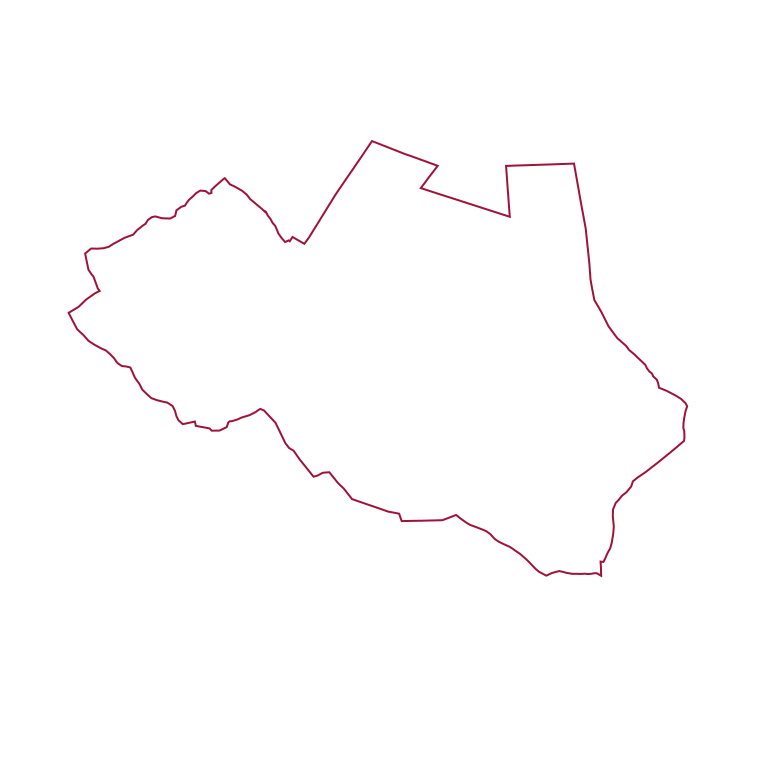 the district of Zaragoza, Veracruz, Mexico, rotated 346°
{"feature_id": "50627088B53644428615322", "entity_name": "Zaragoza", "entity_type": "district", "adm_level": 2, "iso_a3": "MEX", "parent_name": "Mexico", "parent_adm1": "Veracruz", "projection": "natural_earth1", "projection_center": [-94.642, 17.948], "detail": "fine", "context": "isolated", "style": "outline", "palette": "rose", "viewbox_px": 768, "rotation_deg": 346, "n_neighbors": 0, "source": "geoboundaries", "source_scale": "gbopen_adm2", "svg_char_len": 4194}
<svg xmlns="http://www.w3.org/2000/svg" viewBox="0 0 768 768"><g transform="rotate(346 384 384)"><path d="M279.3,145.8L278.8,146.0L277.9,146.3L275.3,147.6L268.6,151.0L265.0,153.1L263.4,154.0L262.7,156.9L260.3,157.0L258.1,154.3L257.5,153.6L252.5,151.9L247.8,153.4L243.5,156.0L239.5,158.0L236.4,160.5L234.0,162.8L230.3,163.0L224.6,165.3L222.0,170.4L216.6,171.7L209.4,169.7L207.9,169.0L202.7,166.1L199.2,165.9L194.6,167.7L191.3,170.9L188.9,171.7L187.3,172.4L181.6,175.0L176.8,178.4L176.2,178.5L174.1,178.7L167.6,179.4L162.9,180.6L161.4,181.0L154.8,182.7L150.1,184.3L144.5,184.4L139.5,183.5L138.8,183.4L132.6,181.7L128.1,183.9L125.6,185.1L125.2,193.1L124.9,201.7L126.7,206.7L128.1,209.4L129.4,222.0L130.6,224.9L125.5,226.1L115.6,229.9L106.4,235.2L95.4,238.6L95.2,238.7L97.7,249.2L99.5,256.6L101.1,259.1L104.2,263.8L107.7,270.6L112.4,275.7L118.5,281.3L122.3,284.2L125.6,289.0L128.2,293.5L129.9,298.1L131.2,300.1L134.1,303.2L136.1,303.9L137.8,304.5L140.7,306.0L141.9,306.7L142.6,310.5L142.9,312.0L143.4,315.1L143.9,317.8L146.7,324.8L148.1,331.0L149.8,333.7L151.0,335.7L154.8,341.4L159.5,344.6L164.3,347.2L166.1,348.1L169.2,349.6L173.6,354.3L174.2,357.3L174.6,359.1L174.7,359.5L174.8,364.9L175.8,369.5L178.0,372.7L178.3,373.2L179.1,374.3L191.4,374.7L191.3,379.1L204.0,384.9L205.5,387.6L213.2,389.4L220.9,387.8L223.8,383.5L225.5,382.8L227.3,383.3L233.8,382.9L237.6,382.1L239.8,382.0L246.0,381.7L252.9,380.1L256.3,378.7L258.0,378.3L260.9,380.5L261.2,380.7L269.4,395.5L271.2,404.1L272.0,408.0L274.0,417.6L276.4,423.1L280.1,426.8L282.2,432.2L283.9,436.7L293.2,456.9L297.7,456.7L303.1,455.3L309.6,456.4L315.3,468.8L319.1,474.8L319.5,475.4L325.2,488.0L327.4,489.4L329.8,491.0L338.6,496.7L340.6,498.0L346.2,501.6L357.3,508.9L359.3,509.8L363.1,511.5L367.3,513.5L368.0,521.3L386.4,525.5L386.7,525.6L407.8,530.3L416.8,529.2L417.0,529.2L422.3,528.5L426.4,533.9L430.6,538.7L433.5,541.6L437.7,544.4L438.3,544.8L445.1,549.6L447.7,551.7L450.8,555.3L453.2,559.8L453.9,561.1L457.1,564.7L461.1,568.1L466.6,572.4L468.9,574.9L471.0,577.4L474.7,581.5L478.0,586.2L479.6,588.5L481.6,591.7L484.2,596.3L484.7,597.2L486.7,600.6L488.0,602.3L489.1,603.8L495.1,609.2L496.8,608.9L501.2,608.0L502.1,608.0L507.9,607.9L508.8,607.9L512.4,609.7L515.4,611.4L520.2,613.5L520.3,613.6L525.4,614.9L528.9,615.9L530.4,616.2L532.4,616.5L532.8,616.6L535.5,617.6L535.8,617.7L539.2,618.3L542.6,618.5L543.0,618.6L544.5,619.1L544.9,619.3L548.3,622.6L550.1,614.5L551.2,608.7L553.9,609.7L556.6,606.6L559.8,602.3L563.7,598.2L566.7,592.9L567.4,591.3L568.0,589.8L570.1,585.0L571.9,579.7L572.5,578.0L573.9,568.5L574.0,567.7L575.9,561.1L578.1,558.1L580.0,555.5L583.4,553.4L588.0,549.9L591.0,548.6L593.1,547.6L597.9,544.1L599.0,543.3L602.0,538.6L606.8,536.4L607.7,536.0L616.7,532.7L621.4,530.6L630.2,526.7L641.4,521.5L648.6,518.1L648.8,518.0L658.3,513.3L661.2,511.9L662.3,509.5L662.8,507.5L663.1,506.4L663.9,502.3L663.8,499.1L665.3,494.0L666.2,491.8L666.8,490.2L669.9,483.5L672.8,478.9L671.9,475.5L668.7,470.4L665.4,467.0L664.0,465.6L659.1,461.2L656.7,459.1L650.0,454.2L650.2,449.1L649.6,445.5L647.1,441.9L646.5,438.5L644.4,435.9L642.9,432.3L642.2,428.7L639.7,424.7L636.4,419.6L634.1,415.8L630.1,410.4L628.2,405.7L625.1,401.2L621.5,396.0L618.6,389.2L615.8,382.3L612.3,366.6L609.0,355.4L608.4,353.4L608.9,344.5L609.0,342.0L609.7,332.3L610.4,328.4L612.5,316.2L617.3,282.1L618.1,269.7L618.7,259.4L621.3,221.7L621.7,216.1L598.5,211.2L587.9,208.9L573.8,205.9L566.0,204.2L557.4,202.4L555.2,201.9L551.7,222.0L546.5,252.2L532.7,243.6L521.4,236.6L514.5,232.3L499.4,222.9L484.0,213.4L467.1,202.8L472.0,198.9L477.3,194.5L488.9,185.3L482.8,181.2L478.0,177.9L476.2,176.7L464.6,168.9L462.5,167.6L458.5,164.9L431.1,145.4L416.2,158.8L407.2,166.8L406.2,167.7L397.8,175.1L382.8,188.5L363.9,206.9L358.6,212.1L352.7,217.8L347.5,222.9L347.0,223.4L343.9,226.0L340.6,228.7L340.4,228.5L334.8,223.1L330.8,219.2L327.1,222.7L326.2,221.6L322.4,222.3L319.8,217.2L318.7,214.3L317.9,212.3L317.6,209.7L317.3,207.9L316.7,204.2L314.9,200.8L313.7,196.2L313.1,194.9L312.0,192.5L311.1,188.4L310.5,187.7L310.2,188.1L308.1,184.9L307.8,184.5L298.9,172.2L296.7,167.2L294.4,164.0L293.2,162.3L287.1,156.5L282.8,153.0L279.9,146.9L279.3,145.8Z" fill="none" stroke="#9f1239" stroke-width="2"/></g></svg>